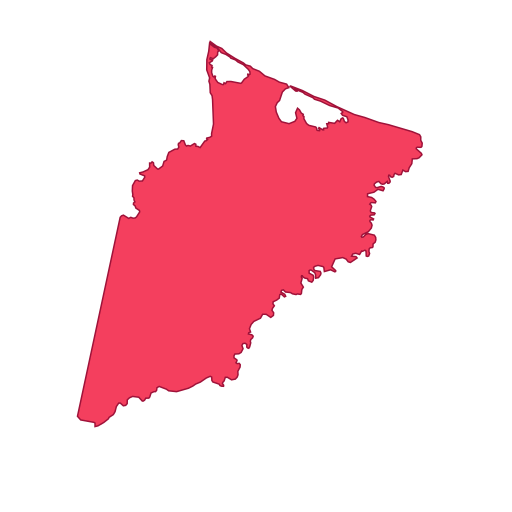 the district of Brus Laguna, Gracias a Dios, Honduras, rotated 12°
{"feature_id": "27666195B63914214220022", "entity_name": "Brus Laguna", "entity_type": "district", "adm_level": 2, "iso_a3": "HND", "parent_name": "Honduras", "parent_adm1": "Gracias a Dios", "projection": "albers", "projection_center": [-84.625, 15.441], "detail": "fine", "context": "isolated", "style": "filled", "palette": "rose", "viewbox_px": 512, "rotation_deg": 12, "n_neighbors": 0, "source": "geoboundaries", "source_scale": "gbopen_adm2", "svg_char_len": 6071}
<svg xmlns="http://www.w3.org/2000/svg" viewBox="0 0 512 512"><g transform="rotate(12 256 256)"><path d="M115.1,246.4L114.7,449.9L118.6,452.8L132.0,452.4L133.3,452.9L134.0,456.3L136.7,455.0L141.7,450.5L145.5,445.9L145.8,444.4L149.4,440.8L150.5,437.6L150.7,432.3L152.3,428.4L153.9,428.1L157.4,430.1L159.6,429.2L160.7,427.2L160.0,423.5L161.7,421.0L164.5,419.0L170.7,418.5L174.9,421.5L175.9,421.3L177.0,420.2L177.7,418.0L180.7,417.3L181.4,416.0L181.8,411.8L184.4,409.9L185.9,409.6L186.7,408.1L186.5,405.4L188.4,403.7L196.1,404.9L198.6,406.0L206.5,405.2L217.4,399.4L221.3,396.3L223.6,393.8L227.8,390.9L232.8,385.6L236.2,383.2L237.8,383.6L238.7,386.9L240.0,388.2L246.6,389.0L247.7,390.2L249.3,390.5L251.3,390.2L251.2,389.1L249.7,387.8L249.7,386.7L250.8,384.8L251.2,381.0L253.3,380.6L257.8,382.2L261.4,380.7L262.8,378.3L263.1,375.9L262.2,372.6L263.5,368.0L263.2,365.6L261.9,364.5L259.9,365.2L258.6,364.6L259.2,362.2L258.8,361.5L255.7,360.2L255.2,358.3L255.7,356.3L259.6,355.2L261.5,353.4L262.6,349.4L260.8,346.4L261.4,344.4L263.4,343.6L265.4,344.4L265.9,347.0L266.9,347.7L268.1,347.8L268.7,346.3L268.9,342.0L268.2,340.7L268.2,338.9L269.7,336.7L269.9,335.0L268.3,333.9L264.8,333.9L264.8,332.6L266.5,331.5L264.7,328.5L265.5,323.9L267.5,320.4L273.3,315.9L274.6,311.6L278.1,310.9L283.2,313.0L285.4,310.5L285.1,307.9L282.9,305.8L283.0,303.8L284.3,300.9L282.5,299.2L282.3,297.2L285.4,294.8L287.5,292.4L287.3,288.9L287.9,288.2L289.0,288.2L292.3,290.1L293.4,289.2L292.1,287.5L287.9,286.1L288.1,284.3L289.8,283.4L292.3,285.1L297.3,284.6L299.5,285.4L303.2,285.4L304.3,284.5L307.6,284.3L308.2,283.2L307.8,279.2L308.8,276.6L305.5,273.1L305.8,268.4L304.7,267.1L304.7,265.8L305.4,265.7L306.5,266.8L308.5,267.5L311.1,267.4L312.4,269.4L316.0,270.0L317.0,268.0L316.8,264.7L315.9,263.0L311.5,261.7L311.0,259.3L311.9,258.4L313.2,258.4L316.9,260.1L318.1,261.8L319.0,265.3L321.6,264.2L323.1,260.9L323.1,259.2L322.0,257.7L316.7,258.0L315.4,257.1L314.7,255.1L315.8,253.8L318.6,252.3L323.6,252.4L324.7,253.0L326.1,257.0L331.8,254.0L336.4,255.1L337.1,254.6L337.0,253.7L332.2,250.8L334.0,242.4L341.2,239.5L344.8,240.3L347.4,242.5L349.7,242.7L355.3,236.9L353.9,235.8L349.5,236.3L350.2,233.9L353.0,232.6L357.0,233.0L358.3,229.2L359.3,229.2L361.3,227.7L362.2,227.9L362.8,229.0L363.8,233.1L364.9,233.3L366.2,232.6L366.6,230.0L365.5,228.0L365.2,225.6L366.1,224.1L367.8,223.7L368.5,222.8L368.0,219.9L369.7,217.7L369.9,215.3L369.2,212.9L367.4,211.0L360.9,210.8L358.9,212.2L357.0,215.1L355.7,215.7L355.0,215.1L355.6,212.9L360.8,208.9L363.0,204.7L363.1,201.7L362.0,199.9L360.2,198.6L360.0,197.6L360.7,196.7L363.1,196.4L363.3,195.3L359.3,194.1L358.9,193.4L359.9,192.1L363.0,191.2L363.6,189.7L363.0,189.2L359.9,189.5L358.8,188.8L358.4,187.7L358.9,183.6L358.0,182.3L356.5,181.7L357.1,180.3L358.0,179.7L361.7,179.2L362.0,177.7L359.7,175.9L356.9,174.7L352.7,174.7L352.2,171.9L358.1,169.1L361.4,165.4L366.7,165.8L367.4,163.6L367.1,162.6L366.0,162.1L364.0,161.9L360.3,163.9L358.8,164.1L356.8,162.2L356.8,160.8L358.6,158.6L360.7,157.5L363.1,159.3L364.9,159.5L366.4,158.9L368.8,155.8L369.7,157.5L370.8,157.3L371.7,156.0L371.7,154.9L369.1,150.8L369.0,149.4L369.9,149.2L371.2,150.5L372.8,150.7L374.1,149.6L374.1,147.5L374.8,146.2L378.7,147.0L381.1,146.1L381.8,141.4L384.8,142.4L387.2,141.6L387.5,137.8L389.2,133.3L388.7,128.5L393.3,127.3L395.1,126.0L397.3,122.5L396.4,121.2L390.4,117.8L390.4,116.7L391.1,116.0L394.0,115.6L395.1,115.1L395.5,114.2L395.1,111.0L393.1,108.6L392.4,105.2L390.7,103.3L382.8,101.9L358.1,100.0L348.4,99.9L333.6,97.9L322.8,97.2L304.1,93.1L290.9,89.2L279.5,87.9L267.0,84.5L254.5,82.5L254.1,82.9L260.5,86.4L261.5,86.3L260.0,84.8L267.9,86.2L270.3,87.5L278.7,89.3L280.6,90.5L286.9,91.1L296.7,93.5L305.6,94.2L310.7,96.7L310.9,97.6L309.7,98.8L311.4,100.4L315.9,100.9L317.7,103.7L318.1,105.6L316.4,107.0L314.4,105.9L312.8,103.2L312.0,102.9L310.7,104.1L310.0,107.3L307.5,106.3L305.3,109.9L299.3,110.2L299.5,111.5L297.7,111.9L299.3,115.1L299.1,116.0L295.7,117.0L295.4,117.9L295.9,118.5L295.3,118.8L291.0,117.3L290.7,118.1L292.1,119.4L292.1,120.2L290.3,120.4L289.3,120.1L288.6,118.2L287.6,117.4L280.5,117.2L277.9,115.9L274.3,111.8L273.9,109.6L272.7,109.0L272.8,107.6L270.6,106.8L268.1,104.0L265.9,102.8L264.9,107.6L267.4,112.8L266.0,116.2L260.8,119.7L253.0,119.4L249.8,116.6L245.9,111.0L243.9,105.8L244.9,101.6L246.7,99.0L247.7,90.1L250.1,86.3L253.1,84.5L250.2,81.5L242.7,81.1L237.4,79.4L227.3,78.0L220.9,74.6L213.9,73.4L211.0,71.5L206.2,71.2L203.6,69.8L194.2,67.0L184.8,63.5L179.4,60.1L173.7,58.9L166.6,55.7L166.4,56.9L175.3,60.6L179.7,64.3L184.7,65.1L189.2,66.8L190.2,67.7L195.2,68.5L198.0,70.0L203.9,71.5L209.6,75.0L211.7,77.0L212.4,79.3L211.9,79.9L210.2,79.8L210.2,80.7L211.2,81.4L211.0,82.1L207.8,85.5L205.9,89.7L205.2,90.3L195.2,90.5L191.3,91.4L190.4,93.7L188.7,93.2L188.6,95.0L187.4,95.3L182.5,94.2L179.8,91.7L179.0,90.6L179.0,88.7L178.3,88.5L177.5,89.6L176.4,89.1L174.5,85.9L174.0,83.3L174.3,80.6L173.4,80.5L173.4,78.8L171.3,78.2L170.1,76.8L172.7,74.3L172.8,73.5L170.0,73.0L169.9,72.1L170.3,71.4L173.1,72.0L175.2,69.5L176.6,67.2L176.1,64.5L176.9,63.1L174.6,60.7L172.0,60.5L166.4,57.9L167.2,65.6L167.1,74.1L169.1,84.2L173.6,91.4L173.6,94.8L175.2,97.7L177.3,105.8L179.7,108.3L181.0,112.1L187.0,135.8L187.1,145.6L187.7,148.0L186.2,149.5L183.3,150.9L183.3,151.7L184.4,152.2L183.2,153.7L182.0,154.2L178.8,161.6L176.4,160.9L174.4,161.2L173.9,159.2L172.4,158.8L168.9,162.1L166.5,162.0L165.2,162.9L163.9,162.1L161.4,158.3L159.0,158.6L157.9,161.2L156.8,161.9L156.8,163.4L157.9,165.6L157.1,167.7L154.4,168.4L149.2,172.8L148.5,177.2L148.6,180.2L148.5,180.9L146.4,182.6L146.0,187.4L142.5,191.3L141.6,191.4L137.2,188.7L136.3,186.1L134.8,185.5L133.9,187.0L132.6,187.2L133.5,191.2L132.4,194.0L128.0,197.3L124.9,198.8L125.4,199.9L130.4,200.8L130.8,202.1L129.3,206.2L126.2,207.1L124.1,206.4L122.3,207.3L120.6,212.8L121.5,218.2L122.8,221.7L122.8,223.2L124.5,224.4L125.0,226.5L126.3,228.3L125.2,229.6L125.4,231.1L127.4,232.2L128.5,234.1L132.5,235.7L133.1,237.0L131.0,242.6L129.9,243.9L127.9,244.6L125.5,244.2L123.7,245.7L117.8,243.6L116.1,244.7L115.1,246.4Z" fill="#f43f5e" stroke="#9f1239" stroke-width="1.5"/></g></svg>